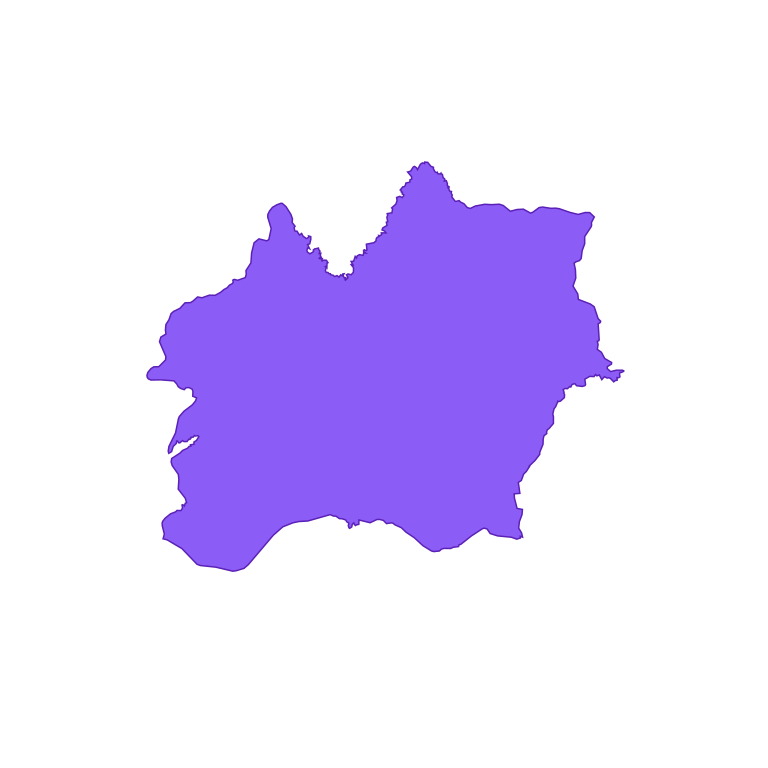 Makham, Chanthaburi, Thailand (Mercator projection), rotated 229°
{"feature_id": "78962969B16379000118179", "entity_name": "Makham", "entity_type": "district", "adm_level": 2, "iso_a3": "THA", "parent_name": "Thailand", "parent_adm1": "Chanthaburi", "projection": "mercator", "projection_center": [102.241, 12.738], "detail": "fine", "context": "isolated", "style": "filled", "palette": "violet", "viewbox_px": 768, "rotation_deg": 229, "n_neighbors": 0, "source": "geoboundaries", "source_scale": "gbopen_adm2", "svg_char_len": 6171}
<svg xmlns="http://www.w3.org/2000/svg" viewBox="0 0 768 768"><g transform="rotate(229 384 384)"><path d="M177.5,388.1L181.5,390.2L186.9,391.1L191.3,395.9L194.9,402.5L198.5,406.2L202.8,402.8L212.5,407.7L215.7,410.2L212.3,414.8L221.6,420.8L221.1,424.4L224.4,430.3L224.6,433.9L226.3,439.8L226.8,439.7L227.2,447.8L228.7,455.3L230.3,456.8L234.2,464.5L238.1,468.1L240.0,470.8L239.8,474.3L241.0,475.1L242.3,477.1L242.1,479.5L243.1,486.0L248.1,490.4L250.6,491.7L253.7,496.0L254.3,498.8L256.9,503.9L256.3,503.9L255.3,506.0L255.4,511.2L257.6,513.4L259.2,513.7L259.5,514.4L262.3,515.6L261.8,517.7L260.1,519.4L260.2,522.6L259.2,523.0L260.3,525.7L259.0,528.3L256.4,528.2L252.1,532.0L250.9,534.7L251.5,535.9L255.9,538.7L254.8,544.2L251.8,547.4L252.4,549.8L250.5,550.0L249.6,552.4L244.4,551.2L244.9,555.1L242.1,556.3L241.3,557.7L239.8,558.5L234.9,558.8L234.9,560.6L233.9,562.5L236.0,564.1L234.7,565.3L234.6,566.8L237.0,568.3L237.9,569.7L237.0,570.7L236.3,573.2L236.7,573.6L238.0,573.0L242.0,568.4L244.7,563.2L249.2,562.6L250.6,563.9L249.8,568.7L250.9,569.9L258.4,567.3L265.4,568.9L270.2,567.7L273.3,571.4L276.3,573.0L275.7,574.5L276.2,575.4L288.9,585.1L288.5,587.6L289.3,588.7L292.9,588.5L304.4,593.3L309.0,592.2L320.3,586.2L324.8,589.3L333.9,590.9L338.1,598.2L344.6,603.4L350.4,606.7L350.3,608.9L348.9,612.5L349.3,615.1L354.6,621.0L358.2,627.5L363.6,632.2L366.7,643.3L367.6,644.8L369.7,646.4L372.1,652.3L378.4,651.7L381.4,648.4L384.6,641.8L391.4,637.0L401.3,631.3L404.1,628.9L407.2,625.1L413.5,619.8L415.4,616.8L416.0,609.0L416.9,606.7L424.5,603.9L428.4,598.9L431.5,592.7L440.5,591.1L444.0,589.0L449.0,582.6L453.5,578.0L458.4,569.7L459.9,564.3L462.5,562.6L467.7,562.6L471.1,561.1L473.1,561.0L474.7,558.0L475.5,557.6L480.9,558.0L481.7,559.4L484.1,560.0L485.0,561.2L486.2,560.2L487.4,560.4L489.1,561.1L489.8,562.2L490.4,561.2L490.9,562.3L492.2,561.9L493.6,563.3L496.5,564.4L497.6,562.7L498.6,564.3L501.2,564.1L503.9,565.6L505.2,564.9L505.8,565.3L505.8,563.9L507.4,562.6L508.9,563.2L509.2,562.3L510.5,561.7L514.1,562.5L515.1,563.5L517.5,562.2L522.6,562.4L524.8,560.3L523.8,559.2L525.6,558.2L526.0,555.7L523.8,549.9L526.0,550.4L528.2,549.8L528.6,548.5L527.2,543.7L528.5,540.9L522.3,540.8L520.5,539.3L521.1,537.6L519.4,535.9L521.3,532.4L519.7,530.0L519.7,528.5L520.5,527.6L519.8,523.6L519.0,524.0L517.6,523.0L516.7,523.7L515.5,522.4L514.0,523.1L513.1,522.2L512.8,520.0L515.2,519.1L516.5,515.9L513.9,514.2L512.0,511.0L511.9,505.3L510.6,505.4L508.0,502.3L510.5,498.2L508.8,497.3L508.0,495.6L504.0,493.2L504.6,491.9L501.7,490.3L502.6,485.6L501.6,483.6L499.1,484.8L496.7,484.7L499.8,481.1L498.3,480.2L498.6,478.2L499.6,477.4L498.6,477.0L499.2,474.9L498.7,473.4L497.2,471.7L497.3,469.0L501.1,462.4L496.3,459.0L496.5,458.0L498.2,457.2L498.3,456.3L497.2,455.4L495.0,456.0L496.3,454.7L494.8,452.6L497.7,450.4L498.3,447.9L497.2,446.0L499.2,446.0L496.6,441.6L498.1,439.6L493.9,438.7L494.2,438.2L495.5,438.5L495.8,437.5L491.8,437.3L488.4,434.2L488.0,430.9L490.7,429.0L491.0,427.2L488.9,427.1L487.8,426.3L487.7,423.0L488.3,423.0L489.4,424.9L490.2,423.7L492.8,424.4L493.4,426.2L494.1,425.1L493.2,423.4L494.8,423.0L494.2,420.2L496.6,419.7L497.5,417.2L499.4,417.0L501.1,415.6L502.4,415.9L503.2,414.9L505.0,414.9L506.1,413.6L507.7,413.9L510.3,417.1L511.0,416.8L510.8,417.6L509.5,417.4L512.5,420.2L512.3,421.3L515.2,421.7L517.1,419.7L517.4,418.0L518.2,418.2L519.1,419.7L520.6,417.8L521.3,417.6L521.5,418.7L520.8,419.7L522.8,420.3L524.2,422.1L525.0,420.7L526.3,422.9L528.1,422.9L529.6,423.7L531.5,420.2L531.5,418.5L530.6,418.1L530.2,416.7L530.9,413.5L533.8,412.8L535.2,413.3L536.8,415.4L536.7,416.0L535.0,416.6L539.4,417.8L538.5,419.9L541.3,423.8L543.3,425.4L545.2,424.2L544.3,423.7L544.4,421.3L544.9,420.8L548.7,419.9L551.7,420.6L551.9,417.9L556.5,418.6L557.2,417.5L558.3,417.2L561.1,418.9L561.4,420.4L566.0,420.6L568.6,423.2L573.0,425.0L582.2,426.4L587.1,425.7L588.0,424.8L589.6,420.6L590.5,415.8L589.7,411.2L588.2,407.6L586.2,405.7L575.3,400.8L568.6,391.9L568.9,389.5L575.6,384.8L575.8,378.6L569.8,370.1L562.7,363.0L560.2,354.3L557.0,351.8L555.3,349.1L558.3,341.6L561.0,339.8L561.6,338.7L561.5,338.0L559.6,336.9L559.3,335.2L560.0,332.3L559.5,328.7L560.3,325.3L560.4,320.8L561.7,314.8L565.6,310.5L568.5,303.2L572.0,300.4L571.9,294.1L572.4,291.3L575.8,287.1L575.0,279.6L576.8,272.9L576.8,269.5L573.5,263.7L572.0,258.5L568.2,254.5L564.8,252.2L565.8,246.4L563.2,242.3L547.9,237.4L545.5,235.0L544.8,225.4L548.0,221.5L548.5,218.2L547.7,213.5L546.1,210.8L544.4,209.7L542.5,209.5L539.9,210.7L533.7,218.1L524.2,227.5L519.9,227.6L516.9,226.9L514.1,227.6L510.8,229.5L511.0,232.3L509.1,234.6L505.8,235.8L503.7,234.9L500.2,231.6L496.5,233.5L494.9,230.7L494.0,225.8L494.7,215.0L493.7,208.1L492.6,206.0L483.8,194.5L478.0,180.7L474.9,177.1L472.9,176.1L472.3,179.3L475.2,184.0L475.4,188.3L477.0,190.1L476.7,190.6L474.0,190.6L473.5,191.5L473.5,194.8L471.8,195.2L469.8,197.6L470.4,200.6L469.6,201.0L469.6,202.5L470.5,203.1L469.0,205.4L469.6,207.0L468.5,207.4L467.2,209.6L465.8,209.8L464.4,205.4L464.9,202.5L463.2,201.0L465.1,198.1L463.8,197.5L464.8,195.9L464.4,193.7L466.0,188.4L465.7,184.7L467.1,174.9L464.8,172.2L461.3,170.6L450.8,169.5L446.7,166.7L439.6,159.7L428.3,159.1L423.9,157.1L424.4,155.8L422.9,153.3L424.9,153.0L425.2,152.2L422.5,150.5L421.7,147.7L424.4,144.8L424.2,142.9L426.1,137.7L426.3,130.7L425.6,127.0L424.7,125.4L422.4,123.6L414.9,119.8L412.1,115.7L408.8,118.0L392.4,123.5L370.6,124.6L367.5,126.3L356.1,136.9L341.9,147.1L340.0,150.0L336.7,157.5L336.7,163.2L342.5,201.2L342.6,213.9L339.0,224.2L336.0,229.6L330.6,236.6L320.7,257.7L317.5,259.2L315.8,261.0L311.7,262.0L309.7,264.0L306.5,265.9L304.4,265.5L302.1,266.2L300.5,264.1L298.5,263.2L297.6,263.4L297.3,265.9L298.9,267.9L299.0,270.1L297.1,269.4L295.8,269.7L295.9,270.6L294.6,272.9L297.8,275.9L288.4,282.5L286.4,289.7L284.6,291.9L281.5,294.0L277.0,294.3L274.4,298.4L273.0,299.5L270.7,299.8L264.2,302.8L257.8,303.4L248.2,306.0L236.4,307.3L226.8,310.3L224.8,311.7L221.6,316.3L221.7,319.1L220.5,321.5L216.2,326.3L215.3,329.2L212.4,333.6L213.4,335.2L212.6,336.7L212.0,350.3L210.2,363.4L209.4,365.1L206.9,366.7L201.5,366.0L194.8,370.1L184.8,379.6L179.8,382.4L178.3,385.9L179.7,386.9L177.5,388.1Z" fill="#8b5cf6" stroke="#5b21b6" stroke-width="1.5"/></g></svg>